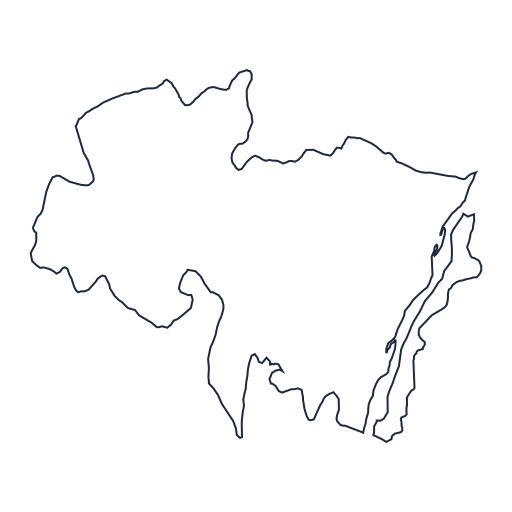 Nasir, Bani Suwayf, Egypt
{"feature_id": "37247803B95648929265509", "entity_name": "Nasir", "entity_type": "district", "adm_level": 2, "iso_a3": "EGY", "parent_name": "Egypt", "parent_adm1": "Bani Suwayf", "projection": "equal_earth", "projection_center": [31.113, 29.186], "detail": "fine", "context": "isolated", "style": "outline", "palette": "slate", "viewbox_px": 512, "rotation_deg": 0, "n_neighbors": 0, "source": "geoboundaries", "source_scale": "gbopen_adm2", "svg_char_len": 6027}
<svg xmlns="http://www.w3.org/2000/svg" viewBox="0 0 512 512"><path d="M49.7,269.1L53.8,271.4L56.4,273.6L59.7,272.0L62.8,268.1L64.8,267.3L67.4,268.8L69.5,274.8L71.5,278.6L74.2,287.0L76.3,290.8L78.2,292.2L80.8,291.4L84.7,291.3L88.6,289.7L96.2,281.1L97.5,278.8L100.7,276.4L102.6,275.6L105.2,276.3L109.3,284.6L110.0,288.4L114.7,296.0L119.3,300.5L121.9,302.0L127.9,308.0L135.1,310.1L139.1,315.4L151.6,322.7L156.8,327.2L159.4,327.1L162.0,326.3L167.3,327.7L171.1,324.6L173.6,320.7L177.5,319.1L182.6,315.1L190.9,308.0L192.7,299.6L191.3,295.0L188.1,295.1L180.9,292.2L178.9,288.4L180.1,283.0L183.2,275.3L186.4,272.1L187.6,269.8L195.5,271.2L200.7,276.4L204.8,284.0L210.8,292.3L212.7,292.2L218.6,295.2L222.0,299.7L223.4,305.0L223.4,308.8L222.2,313.5L221.0,317.3L219.1,321.2L217.3,326.6L215.5,335.1L213.0,342.0L210.5,347.4L208.1,359.0L208.9,368.2L208.4,377.4L209.0,382.1L208.8,383.3L213.2,388.0L217.9,394.8L221.9,403.9L233.3,421.2L236.0,428.8L236.8,435.0L240.1,437.9L242.0,437.1L241.7,421.8L242.8,411.8L244.0,405.7L243.3,399.6L244.5,393.4L245.7,388.8L246.2,382.6L247.4,375.7L247.9,369.6L249.1,363.4L251.6,355.7L254.8,354.1L257.5,357.9L258.8,361.7L260.1,362.4L262.1,363.1L266.5,357.7L269.9,361.4L269.9,364.5L271.2,364.5L271.8,363.7L273.8,364.4L275.1,363.6L278.4,364.3L282.4,371.1L279.8,369.6L275.9,370.5L272.0,372.9L269.5,379.1L270.9,383.6L272.2,383.6L275.5,385.8L278.8,391.1L282.1,392.6L291.2,389.3L294.4,389.2L297.6,388.4L301.6,389.8L303.0,397.5L303.0,399.8L304.5,408.9L306.6,415.8L308.6,419.6L310.5,420.3L313.8,419.4L320.0,405.5L322.5,401.6L323.8,398.5L325.7,396.2L329.6,393.8L333.4,392.2L336.7,396.0L338.7,399.0L338.9,409.7L337.1,415.1L336.5,418.9L337.2,421.2L340.5,425.0L343.1,425.7L345.1,425.7L362.1,432.2L363.2,432.8L363.9,428.9L365.5,423.8L366.3,418.8L368.2,412.4L368.2,409.3L368.7,404.3L370.4,399.9L372.9,395.8L373.4,390.7L376.1,383.9L378.0,380.3L380.6,377.4L386.3,374.1L388.3,371.9L388.5,368.4L389.6,365.6L389.8,362.1L391.6,358.7L394.4,350.8L395.1,348.1L395.4,345.4L395.6,340.5L395.0,340.3L394.0,342.0L391.4,343.6L390.6,344.6L389.8,347.6L388.0,349.3L387.2,350.7L386.8,352.3L386.3,352.3L386.2,350.7L386.4,348.5L388.3,343.2L392.5,339.9L395.1,337.1L397.6,329.2L402.5,319.5L404.2,315.3L404.9,310.9L410.0,304.7L412.8,300.4L419.1,294.2L423.9,289.9L427.1,287.5L429.7,282.6L430.8,279.1L432.5,275.0L431.7,256.5L434.4,250.4L434.4,248.1L435.6,245.7L436.7,244.7L437.4,245.4L437.3,247.3L436.9,249.6L433.7,254.3L434.5,255.8L435.7,254.7L437.8,252.2L441.7,245.9L444.5,235.2L445.1,231.7L445.0,229.8L444.4,228.0L443.2,228.0L441.0,234.9L440.4,235.0L440.4,233.6L442.8,226.4L452.4,213.1L455.2,210.9L457.7,208.2L460.0,206.7L461.5,204.8L462.7,202.6L465.0,200.5L465.6,197.9L469.4,186.5L473.3,179.5L475.0,173.9L476.0,172.4L471.1,174.0L468.6,175.6L465.4,178.7L463.4,179.2L458.9,178.1L455.6,176.6L448.4,176.0L430.2,172.6L425.0,172.7L420.4,172.0L415.8,170.6L409.3,166.9L401.4,163.2L396.8,161.8L396.2,160.3L394.2,158.0L391.5,154.3L388.9,152.8L385.6,153.6L383.7,152.9L375.8,146.2L371.2,143.2L360.0,138.1L357.4,138.2L354.2,137.5L350.9,137.5L348.3,136.8L345.8,139.9L343.9,143.8L342.6,145.4L341.4,148.5L338.8,147.7L336.8,147.8L334.9,150.1L333.0,153.2L330.4,155.6L323.3,154.2L313.4,149.8L306.3,150.0L303.8,153.1L301.9,156.2L298.0,160.1L294.8,161.7L291.6,161.0L289.0,161.1L285.7,162.7L283.2,163.5L278.6,161.3L276.0,160.6L273.4,160.7L269.4,160.0L265.6,160.8L262.3,159.4L259.0,157.2L255.1,155.7L251.8,157.3L246.7,162.0L241.7,169.0L238.4,169.9L235.8,167.6L235.1,166.1L232.4,162.4L231.7,159.3L231.7,156.2L232.3,153.2L235.4,147.7L238.0,144.6L239.9,143.8L242.5,143.7L245.7,141.4L247.6,139.0L248.2,136.0L248.1,132.9L252.5,122.1L251.8,117.5L251.7,115.2L249.0,109.1L247.6,105.3L247.6,103.0L246.9,98.5L246.7,90.8L247.3,88.5L249.2,83.9L251.7,79.2L251.6,73.9L249.9,71.1L248.3,70.9L247.0,70.1L239.2,72.6L234.2,78.8L232.2,80.4L229.7,85.8L229.1,88.1L226.6,89.7L224.6,89.8L220.7,89.1L213.5,87.0L209.0,87.8L206.4,89.4L203.9,91.8L201.3,93.4L198.7,96.5L195.5,98.9L193.0,102.0L190.4,104.3L188.5,105.1L185.2,105.2L181.3,100.7L180.6,98.4L179.2,96.9L178.6,94.6L175.2,88.6L173.2,86.3L171.8,83.3L166.6,79.6L164.0,81.2L162.7,83.5L158.9,85.9L157.0,87.5L153.7,88.3L146.6,88.5L142.7,89.3L137.5,91.8L134.3,91.8L129.1,93.5L125.9,93.5L112.3,98.5L103.3,102.5L97.5,106.5L92.4,108.9L89.2,111.2L85.9,112.8L84.0,115.2L80.8,118.3L78.9,119.1L76.4,125.3L75.7,126.1L83.7,152.9L88.3,160.9L88.5,162.3L93.2,175.4L93.7,179.3L93.3,181.1L89.2,184.8L86.8,185.4L81.2,184.9L69.5,181.7L59.6,175.9L56.6,175.6L55.3,176.4L52.7,177.2L50.2,181.8L49.1,184.1L46.2,192.1L42.6,209.7L40.6,213.8L37.5,216.9L32.9,227.8L34.2,231.2L36.2,232.7L36.3,240.4L35.1,245.0L32.0,250.4L30.7,253.5L32.2,261.2L36.1,264.9L40.1,267.9L43.6,267.4L49.7,269.1ZM463.4,213.7L462.1,216.7L453.3,229.6L451.1,234.3L451.2,240.0L451.9,248.4L451.9,254.5L451.5,261.2L444.1,271.3L442.2,278.7L438.2,282.8L432.1,292.7L425.0,300.9L419.7,311.8L413.8,321.3L411.3,326.7L406.6,338.2L403.7,343.3L401.2,349.4L398.9,366.2L395.0,376.1L392.8,382.8L389.2,391.3L387.5,396.7L387.7,412.2L383.8,418.7L380.4,420.7L376.7,420.5L376.7,421.8L374.2,426.2L374.0,433.0L373.3,435.1L382.1,439.3L386.4,441.9L391.4,439.2L392.0,436.1L394.6,433.8L401.0,432.1L402.3,430.5L402.2,427.5L401.6,426.0L401.5,422.1L400.8,419.1L401.4,417.5L405.3,415.9L406.6,414.4L406.4,408.2L407.0,405.2L406.9,397.5L411.3,390.5L413.3,389.7L414.5,388.1L413.4,360.6L414.0,358.3L414.0,356.0L416.5,352.9L416.5,352.1L417.8,350.5L422.9,348.9L422.9,347.4L424.2,345.8L424.8,344.2L424.7,342.0L422.8,340.5L421.4,339.0L420.1,337.5L419.4,335.9L418.8,335.2L418.7,331.4L419.3,328.3L432.1,315.0L441.7,309.4L444.9,307.1L446.8,304.7L446.8,303.2L447.4,302.4L448.0,297.0L447.9,294.0L448.5,290.9L449.1,289.3L450.4,288.6L451.7,287.0L452.3,285.4L456.2,282.3L460.0,280.7L462.0,280.6L467.1,279.0L471.7,278.1L473.6,277.3L476.9,277.3L480.0,273.4L481.3,270.3L481.2,265.7L479.2,261.1L478.5,260.4L474.6,258.2L472.0,257.5L470.6,256.0L469.9,253.7L467.2,247.6L467.2,246.8L469.1,241.4L470.3,236.0L470.3,234.5L471.5,231.4L472.8,229.3L473.0,226.4L474.2,220.3L473.9,214.3L467.9,216.6L463.4,213.7Z" fill="none" stroke="#1e293b" stroke-width="2"/></svg>